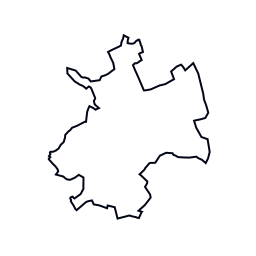 outline of Dambatta, Kano, Nigeria, rotated 69°
{"feature_id": "59680162B98747212970025", "entity_name": "Dambatta", "entity_type": "district", "adm_level": 2, "iso_a3": "NGA", "parent_name": "Nigeria", "parent_adm1": "Kano", "projection": "albers", "projection_center": [8.601, 12.428], "detail": "fine", "context": "isolated", "style": "outline", "palette": "ink", "viewbox_px": 256, "rotation_deg": 69, "n_neighbors": 0, "source": "geoboundaries", "source_scale": "gbopen_adm2", "svg_char_len": 2921}
<svg xmlns="http://www.w3.org/2000/svg" viewBox="0 0 256 256"><g transform="rotate(69 128 128)"><path d="M186.3,205.4L182.3,194.3L182.0,192.8L182.3,189.7L182.4,189.1L182.6,188.8L182.7,187.6L187.0,187.4L189.9,182.6L195.4,176.3L193.1,174.7L197.2,168.8L208.8,170.2L210.2,158.0L211.9,155.9L214.1,152.5L215.2,151.4L215.7,150.5L216.0,150.1L215.4,149.5L214.5,148.6L213.1,147.2L211.4,145.6L211.2,145.1L209.0,147.8L206.0,139.9L201.2,132.0L201.1,131.8L198.1,131.2L189.1,133.2L186.6,130.1L184.8,129.1L177.0,132.8L175.4,133.8L173.5,129.3L173.1,128.3L172.4,127.1L171.6,126.3L168.6,120.7L168.6,119.7L168.9,118.8L169.7,116.5L170.2,115.0L165.3,108.2L164.8,101.3L167.5,95.5L169.3,95.2L169.7,94.8L170.8,93.5L173.1,91.7L175.7,86.0L177.6,81.4L179.3,74.4L181.1,73.4L184.1,70.4L188.6,68.0L187.6,66.9L185.0,64.1L179.8,60.4L177.2,59.8L166.9,57.7L165.8,59.1L162.7,62.7L152.1,64.2L144.9,63.7L145.1,61.9L145.5,59.7L146.0,56.2L146.3,52.2L142.5,47.6L138.5,47.2L134.8,46.9L128.5,46.8L123.1,45.5L102.3,42.9L96.1,43.4L90.8,43.8L94.7,53.9L90.9,54.6L87.9,55.7L88.1,60.5L90.7,67.5L98.9,67.5L100.4,77.6L99.6,83.3L99.7,85.0L100.1,93.1L99.1,98.2L98.6,99.7L87.6,100.1L82.6,100.3L77.5,100.6L75.5,100.7L71.1,100.8L70.0,98.4L70.6,97.1L70.5,95.3L69.8,93.0L69.5,90.9L62.7,91.1L62.5,90.2L62.4,86.8L56.6,86.0L55.3,86.3L54.9,86.3L54.5,86.2L54.1,86.1L53.8,86.1L53.3,86.0L52.9,86.1L52.6,86.0L52.2,85.9L51.9,85.9L51.5,86.0L51.2,86.1L50.8,86.2L50.3,86.1L50.0,85.8L49.5,86.0L49.3,86.5L49.3,87.1L49.4,87.7L49.5,88.1L49.6,88.6L49.9,89.7L50.9,91.4L51.0,93.3L50.3,95.2L48.7,97.9L46.2,96.9L43.9,95.2L40.0,98.8L42.7,100.5L45.3,103.2L46.8,104.0L48.5,105.1L48.8,107.3L49.4,115.8L49.9,119.4L52.6,119.0L55.8,119.0L60.1,118.6L62.3,118.5L68.1,119.6L70.3,127.1L70.6,129.8L70.4,134.4L73.2,137.3L71.2,146.1L67.7,147.2L65.3,150.2L65.1,151.1L64.7,152.1L63.3,153.4L61.5,154.0L55.6,156.3L50.2,163.3L55.4,165.0L65.3,161.1L70.2,157.5L72.7,154.9L76.3,152.9L75.2,149.7L76.6,148.4L78.6,148.1L83.3,148.0L87.9,147.9L89.0,148.2L90.2,149.9L90.9,150.3L94.2,150.6L99.0,148.0L99.1,150.7L99.3,151.7L97.4,152.9L95.4,154.6L93.8,156.2L95.6,158.0L98.1,160.2L107.2,165.0L106.7,166.0L107.7,174.9L107.7,180.1L109.4,183.0L109.9,184.9L111.9,189.0L114.3,190.2L116.4,191.8L118.1,193.1L119.5,196.7L122.3,200.2L123.2,203.5L123.3,206.2L123.3,206.4L122.2,209.8L122.3,209.7L123.7,209.8L124.6,209.8L126.0,211.9L127.4,211.0L127.5,211.2L127.9,212.1L128.5,213.1L129.8,212.8L132.6,211.7L134.3,211.1L137.7,209.5L141.4,208.5L143.6,208.8L145.2,211.4L145.6,212.0L149.1,207.2L149.9,206.0L153.7,203.8L155.3,201.4L155.6,200.3L155.5,197.8L155.3,195.2L154.1,190.7L158.3,187.3L168.9,191.5L172.7,195.9L174.6,203.2L174.1,203.6L173.3,204.0L173.0,204.1L172.8,204.2L172.2,204.3L172.2,204.6L172.2,205.2L172.1,205.6L172.2,206.1L172.3,206.6L172.8,207.0L173.0,207.2L174.1,207.0L174.5,207.0L175.0,207.0L175.8,207.6L176.9,207.4L178.8,207.1L179.8,206.8L180.8,206.6L184.6,206.2L186.3,205.4Z" fill="none" stroke="#020617" stroke-width="2"/></g></svg>